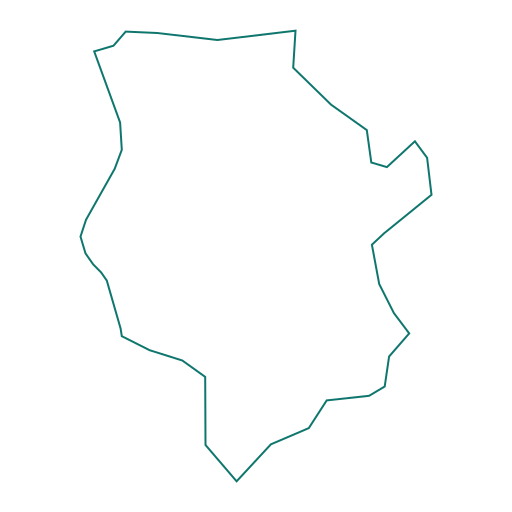 the state/province of Santa Catarina
{"feature_id": "CPV-5046", "entity_name": "Santa Catarina", "entity_type": "state/province", "adm_level": 1, "iso_a3": "CPV", "parent_name": "Cabo Verde", "parent_adm1": "", "projection": "mercator", "projection_center": [-23.71, 15.076], "detail": "fine", "context": "isolated", "style": "outline", "palette": "teal", "viewbox_px": 512, "rotation_deg": 0, "n_neighbors": 0, "source": "natural_earth", "source_scale": "10m", "svg_char_len": 619}
<svg xmlns="http://www.w3.org/2000/svg" viewBox="0 0 512 512"><path d="M236.6,481.3L205.5,445.0L205.2,376.9L182.3,360.5L149.6,350.2L121.8,336.2L120.6,328.5L106.8,280.6L101.2,272.5L93.2,264.4L85.5,253.4L80.5,236.6L86.0,219.8L114.7,168.8L121.8,149.8L120.1,122.5L94.2,51.4L113.5,45.7L125.7,31.6L157.1,33.0L217.4,40.0L295.5,30.7L293.2,67.7L331.1,104.7L366.8,130.1L371.3,162.5L386.9,167.1L414.9,141.3L427.1,157.8L431.5,194.8L384.1,233.3L371.9,244.7L379.2,284.0L393.9,313.1L409.2,333.4L389.1,356.5L384.7,386.5L369.1,395.8L326.7,400.4L308.8,428.1L270.9,444.3L236.6,481.3Z" fill="none" stroke="#0f766e" stroke-width="2"/></svg>